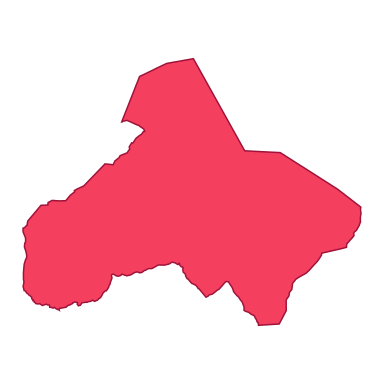 San Andrés Yaá, Oaxaca, Mexico (Natural Earth projection)
{"feature_id": "50627088B90449229158341", "entity_name": "San Andrés Yaá", "entity_type": "district", "adm_level": 2, "iso_a3": "MEX", "parent_name": "Mexico", "parent_adm1": "Oaxaca", "projection": "natural_earth1", "projection_center": [-96.145, 17.295], "detail": "fine", "context": "isolated", "style": "filled", "palette": "rose", "viewbox_px": 384, "rotation_deg": 0, "n_neighbors": 0, "source": "geoboundaries", "source_scale": "gbopen_adm2", "svg_char_len": 3180}
<svg xmlns="http://www.w3.org/2000/svg" viewBox="0 0 384 384"><path d="M27.7,221.1L27.7,222.0L27.4,222.5L27.2,225.2L26.7,225.3L25.1,227.1L23.7,228.1L23.1,228.1L23.0,230.2L23.2,232.2L25.5,237.8L25.6,241.7L24.8,243.1L24.4,246.6L24.7,247.9L25.6,250.4L26.0,251.8L26.7,255.4L26.6,258.0L25.7,259.3L24.2,264.1L24.0,266.2L23.4,273.1L23.5,279.9L23.8,280.5L23.9,282.8L23.1,286.3L23.4,287.7L24.2,290.7L25.2,290.8L26.0,291.6L26.3,292.7L28.3,294.2L29.1,295.2L30.0,295.7L31.7,297.3L31.8,298.6L33.0,300.6L33.5,300.2L34.2,302.1L35.1,302.6L35.7,303.6L38.5,304.0L39.8,303.7L42.3,305.5L46.2,304.2L47.7,305.0L49.4,305.0L49.7,307.3L50.7,307.3L53.1,308.1L54.3,307.3L56.0,308.7L58.3,309.8L58.9,309.6L59.2,309.9L59.0,308.9L59.6,308.4L66.1,307.2L68.0,305.4L69.6,305.1L71.1,304.2L72.8,303.4L72.9,302.7L74.0,302.3L75.2,302.0L76.8,302.4L77.5,302.6L77.2,304.2L78.4,305.8L79.4,305.5L80.5,305.2L81.8,302.9L86.0,302.2L87.1,302.3L88.4,301.7L90.3,301.4L92.0,300.7L92.7,300.1L94.5,301.4L96.5,300.5L97.1,300.4L99.8,298.0L100.5,297.7L101.8,295.6L103.2,292.8L105.3,290.9L106.4,290.8L108.1,288.1L108.7,287.3L108.8,286.1L110.0,284.2L110.7,281.5L112.0,278.0L111.5,275.7L111.6,274.9L112.4,274.2L113.9,274.4L116.3,275.9L118.4,276.2L120.6,275.5L122.0,274.1L124.2,275.0L126.9,275.8L130.7,274.9L134.9,272.4L137.4,271.9L139.4,272.8L141.8,272.5L142.9,271.6L144.5,270.5L145.8,270.1L147.2,269.2L148.8,268.6L151.9,268.6L158.3,265.0L164.5,265.1L169.1,264.0L171.9,262.2L174.7,262.7L178.0,264.6L179.2,263.4L180.0,265.4L181.1,266.7L183.0,267.3L182.8,269.6L183.2,272.1L185.3,274.0L185.7,276.1L187.1,278.7L188.0,279.0L189.3,280.6L190.3,281.8L191.0,282.6L191.7,283.3L195.5,285.1L196.9,286.3L197.0,286.7L198.2,288.6L199.3,289.1L206.0,297.2L207.9,296.3L209.3,294.9L212.4,294.1L216.3,291.0L217.3,290.1L219.0,289.3L221.4,286.6L225.7,281.6L228.3,281.7L232.2,287.6L233.4,290.7L233.6,291.7L237.0,295.7L238.6,297.0L240.2,299.6L242.2,302.1L242.8,303.7L244.1,307.2L244.0,310.4L245.7,311.4L248.7,312.3L251.3,314.4L253.6,315.4L254.3,315.8L255.3,318.1L256.4,319.7L257.2,322.0L258.2,322.9L258.5,325.3L279.2,324.0L286.2,310.7L286.2,299.9L288.9,296.0L289.5,292.3L291.8,289.5L292.6,283.4L296.0,279.1L299.6,276.8L306.1,273.2L309.5,270.0L313.3,265.7L317.3,261.4L319.4,258.5L321.4,255.3L321.7,253.2L342.1,248.5L346.5,247.3L346.7,244.1L349.9,240.4L352.1,238.0L354.0,235.6L353.7,233.9L354.0,232.3L356.4,230.4L359.1,225.6L360.5,221.8L360.4,220.6L360.4,217.1L361.0,213.6L360.5,209.5L360.8,207.1L337.6,189.2L280.2,152.6L263.8,151.8L244.7,150.8L193.4,58.7L171.2,62.6L166.5,63.5L156.4,68.3L148.9,72.0L144.8,74.0L140.5,76.0L139.6,76.5L139.1,77.6L137.5,81.9L136.5,84.2L133.6,91.7L130.1,100.5L127.9,106.2L121.7,121.9L122.3,121.8L123.1,121.2L127.0,120.4L129.6,121.5L134.4,123.7L137.7,125.2L138.7,125.2L139.7,126.3L143.1,128.5L143.9,129.3L144.7,131.3L143.3,131.6L142.3,133.2L141.4,134.3L139.5,135.5L138.5,136.3L136.0,138.3L134.9,140.0L133.3,142.4L132.4,143.2L131.6,142.9L129.2,146.9L129.7,149.0L127.0,152.9L120.1,155.6L119.0,157.7L114.9,160.9L113.2,164.7L105.0,163.9L91.3,178.1L83.8,185.9L76.9,189.1L74.3,190.6L74.7,191.8L70.3,195.2L65.8,200.7L58.8,200.9L52.2,200.4L48.1,202.5L47.8,205.0L41.0,205.3L27.7,221.1Z" fill="#f43f5e" stroke="#9f1239" stroke-width="1.5"/></svg>